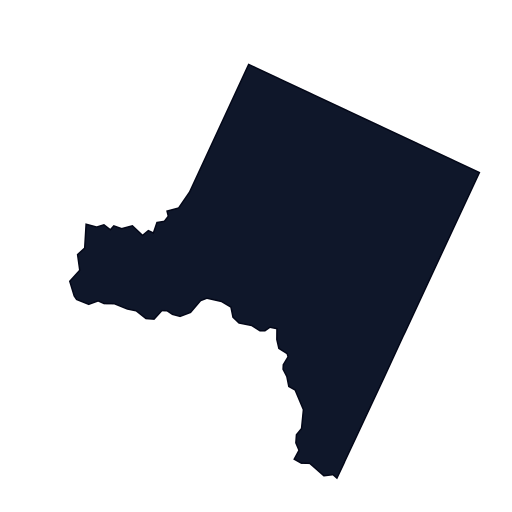 Whitman, Washington, United States of America, rotated 25°
{"feature_id": "52423323B58326499473481", "entity_name": "Whitman", "entity_type": "district", "adm_level": 2, "iso_a3": "USA", "parent_name": "United States of America", "parent_adm1": "Washington", "projection": "mercator", "projection_center": [-117.62, 46.839], "detail": "fine", "context": "isolated", "style": "filled", "palette": "ink", "viewbox_px": 512, "rotation_deg": 25, "n_neighbors": 0, "source": "geoboundaries", "source_scale": "gbopen_adm2", "svg_char_len": 1145}
<svg xmlns="http://www.w3.org/2000/svg" viewBox="0 0 512 512"><g transform="rotate(25 256 256)"><path d="M423.2,139.7L423.2,128.6L423.2,117.5L423.2,108.8L423.2,99.8L423.2,86.0L206.4,85.6L168.4,85.5L168.8,226.0L165.6,245.2L156.4,252.9L159.7,257.0L158.3,263.3L152.1,267.5L153.3,278.5L147.7,278.5L144.5,285.3L131.2,280.9L122.7,288.0L114.4,288.8L112.9,293.8L105.0,292.0L99.4,297.1L88.6,299.0L97.4,321.2L93.7,330.1L102.3,343.4L97.9,357.6L108.1,369.0L111.8,371.2L124.8,370.5L131.9,363.4L138.5,363.3L147.8,359.1L161.7,358.4L170.6,356.3L182.7,359.2L190.3,356.3L193.7,345.3L198.6,343.2L204.9,344.2L212.7,342.8L220.5,334.8L224.6,319.9L229.3,315.0L244.0,311.8L254.9,312.9L261.0,321.2L268.9,323.9L281.5,320.8L291.2,322.1L295.7,320.0L298.7,314.7L305.7,313.0L310.2,322.9L315.8,330.1L325.5,331.3L327.7,333.8L326.7,343.0L328.4,347.2L334.9,352.2L340.9,360.4L348.1,360.9L363.9,375.2L370.2,393.1L368.2,400.9L371.1,408.5L377.1,413.9L376.5,424.0L384.6,424.6L392.3,421.2L410.4,426.5L418.2,421.6L423.2,423.1L423.3,408.3L423.3,405.6L423.2,404.7L423.3,376.6L423.4,312.7L423.2,266.2L423.3,262.0L423.2,139.7Z" fill="#0f172a" stroke="#020617" stroke-width="1.5"/></g></svg>